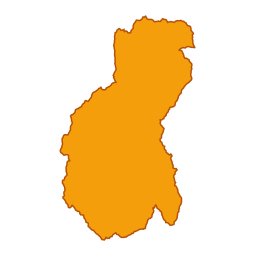 Huaylas, Áncash, Peru (Equal Earth projection), rotated 179°
{"feature_id": "86281439B81908215942962", "entity_name": "Huaylas", "entity_type": "district", "adm_level": 2, "iso_a3": "PER", "parent_name": "Peru", "parent_adm1": "Áncash", "projection": "equal_earth", "projection_center": [-77.846, -8.958], "detail": "fine", "context": "isolated", "style": "filled", "palette": "amber", "viewbox_px": 256, "rotation_deg": 179, "n_neighbors": 0, "source": "geoboundaries", "source_scale": "gbopen_adm2", "svg_char_len": 5731}
<svg xmlns="http://www.w3.org/2000/svg" viewBox="0 0 256 256"><g transform="rotate(179 128 128)"><path d="M87.6,30.0L84.8,30.4L83.6,31.1L83.5,33.1L81.2,35.6L80.4,37.5L80.2,39.6L79.9,40.7L79.9,42.0L79.6,42.7L78.6,43.5L78.7,44.8L78.6,45.7L78.1,46.4L78.1,47.9L77.2,49.9L76.2,51.2L76.2,52.0L75.7,53.5L75.9,54.6L75.7,55.7L75.9,57.4L77.1,58.9L77.6,60.1L78.9,62.2L79.3,63.9L79.3,65.2L80.6,68.3L81.1,69.1L82.3,69.6L82.0,71.7L81.3,72.6L82.3,74.0L82.4,75.7L83.1,78.0L83.0,79.7L82.9,80.1L81.8,81.0L81.7,83.0L79.7,85.2L80.1,86.1L80.7,86.6L81.6,86.4L83.6,87.2L83.7,87.6L83.6,88.4L83.6,90.2L84.1,90.7L84.7,93.8L85.6,95.7L85.8,96.8L85.4,98.4L84.6,99.0L84.5,99.4L85.5,101.2L86.0,101.2L86.5,100.5L87.4,100.5L88.4,101.4L88.7,102.0L89.4,102.3L90.3,103.1L90.6,105.1L91.9,106.2L92.1,107.1L91.7,108.7L91.7,109.0L93.3,109.8L94.1,111.5L94.5,113.2L95.8,113.9L95.9,114.2L96.2,116.4L95.4,116.9L94.8,117.7L94.6,118.1L94.8,118.6L94.5,119.6L94.6,120.5L93.5,122.1L93.3,122.9L93.0,123.3L92.6,125.2L92.2,125.9L92.0,126.7L92.1,127.1L93.1,128.0L94.0,129.4L94.7,129.9L95.7,131.8L95.8,132.6L95.4,133.2L95.4,133.7L95.7,135.5L94.3,135.4L92.9,136.6L92.1,136.6L91.6,138.3L89.7,139.8L89.9,140.6L89.4,141.1L89.0,142.1L87.7,143.3L87.1,145.1L86.6,145.8L86.0,146.3L86.2,147.0L85.4,148.0L82.7,148.3L82.5,148.6L81.9,148.8L80.7,149.7L80.3,152.2L79.9,153.1L78.5,154.5L77.6,156.7L77.3,157.2L77.1,158.6L75.8,160.7L74.2,162.0L74.0,164.1L73.4,165.5L71.6,167.2L71.6,167.6L68.9,170.9L66.2,172.6L65.6,173.5L64.9,173.9L63.7,175.1L63.4,176.0L63.4,176.9L64.2,179.0L64.4,180.5L64.0,182.2L64.0,183.9L63.1,186.1L63.7,187.5L63.3,188.2L63.0,190.8L65.5,193.7L65.8,195.1L66.1,195.4L67.8,196.2L68.3,196.8L69.7,196.6L70.1,196.8L70.9,198.7L71.1,200.2L72.8,204.1L73.9,204.7L75.3,204.7L75.5,204.8L75.5,205.1L74.1,206.4L72.0,207.3L71.4,207.4L69.5,207.0L67.9,208.1L66.9,208.4L65.6,208.3L63.2,207.5L60.3,207.4L59.8,206.7L60.0,207.9L61.0,209.7L61.5,211.0L61.7,212.1L61.7,214.9L62.1,215.9L62.1,216.5L61.7,217.7L62.1,219.3L62.0,220.1L61.9,220.4L61.0,220.9L61.4,222.3L62.2,223.0L63.4,224.8L63.3,226.1L63.8,228.3L64.9,228.9L66.1,229.1L67.2,230.1L68.3,232.2L69.8,232.9L70.4,233.7L71.7,233.7L73.3,234.7L74.5,234.2L77.0,234.5L78.6,233.9L79.9,232.8L83.3,233.7L85.3,233.3L86.4,232.8L87.8,235.4L88.9,235.9L90.0,235.9L91.3,236.7L92.0,236.2L92.3,235.5L93.1,235.0L93.6,234.1L95.0,234.0L95.8,234.4L96.6,234.1L99.7,233.8L100.0,234.0L100.8,235.1L102.3,236.1L106.3,236.3L107.2,237.0L108.4,239.5L108.6,239.5L109.7,238.5L111.0,238.8L111.3,238.1L112.4,236.5L113.2,236.0L113.6,235.4L114.7,235.3L117.8,235.7L118.5,234.1L120.2,232.2L121.1,230.0L121.1,227.5L123.2,225.4L123.3,224.3L123.8,223.3L124.2,223.5L124.6,223.0L126.2,223.1L126.5,223.2L127.1,224.4L127.7,224.9L128.2,225.0L129.9,224.4L130.1,224.7L130.3,226.6L131.6,226.0L132.5,226.0L133.3,225.7L134.4,227.2L135.2,227.6L137.3,225.9L137.6,224.9L138.1,224.0L139.4,223.2L139.2,222.0L139.9,219.8L139.7,218.7L139.7,216.5L140.1,215.0L140.0,213.5L140.7,211.7L140.8,210.1L140.3,208.9L140.3,207.5L139.9,205.9L139.9,203.5L140.2,201.8L139.6,197.6L139.8,195.7L139.6,194.6L140.0,192.9L138.9,187.4L139.0,186.3L140.9,183.1L141.9,180.7L141.2,179.7L141.1,179.3L141.5,178.9L141.5,178.5L141.0,177.9L140.6,176.5L139.2,173.9L140.7,173.8L142.6,173.1L143.5,172.4L144.3,170.9L145.8,169.9L149.2,168.2L149.6,166.9L150.8,166.6L151.5,166.8L152.3,166.6L152.9,166.8L154.0,168.0L154.1,168.9L154.4,169.2L155.1,168.5L156.5,168.0L157.9,166.5L160.2,164.9L161.9,164.3L162.8,163.4L163.6,161.6L164.2,159.3L166.9,156.0L167.1,155.5L168.0,155.4L169.4,156.0L170.2,156.1L171.4,153.7L172.6,152.9L173.4,151.9L173.7,151.4L174.0,150.2L175.2,149.8L175.7,149.3L176.4,149.3L177.0,148.4L178.2,148.2L180.2,147.1L180.6,145.1L181.1,144.4L181.2,143.9L182.5,143.0L183.1,142.3L183.8,142.3L184.5,141.9L185.2,141.1L184.3,137.5L184.3,135.9L183.5,134.4L184.3,132.3L185.2,131.0L185.5,130.0L185.6,128.1L185.5,127.3L188.3,122.1L191.3,122.4L192.1,122.0L192.5,121.6L193.0,120.1L194.0,118.5L194.1,118.1L194.0,115.2L193.7,113.5L193.8,112.8L194.7,109.8L196.2,106.7L195.6,104.6L194.2,103.7L192.5,101.9L190.1,102.4L189.0,102.3L187.9,101.7L188.0,98.4L186.9,96.3L188.1,96.2L189.1,95.6L189.6,94.3L189.6,92.4L190.6,89.9L190.6,88.2L190.4,87.6L190.7,86.0L190.2,84.9L190.0,83.4L189.8,82.9L189.8,82.2L190.3,81.5L192.1,79.7L192.4,78.3L192.9,77.2L194.0,76.9L194.4,76.5L194.5,73.9L193.5,72.6L192.8,70.7L192.3,69.9L192.2,68.0L192.0,66.9L192.9,65.5L193.3,64.1L192.8,61.4L194.2,60.2L194.3,59.2L193.6,58.5L192.0,56.5L191.2,54.2L189.6,52.5L189.3,51.7L189.1,50.2L188.8,49.6L187.6,49.2L186.7,49.7L186.0,50.4L185.5,51.5L185.1,51.7L184.2,50.6L183.4,49.9L182.6,48.7L181.9,46.9L181.0,46.6L180.0,45.5L178.6,45.5L177.8,44.6L177.5,43.8L177.7,43.2L176.8,42.0L175.7,42.1L174.8,41.7L174.0,41.6L173.9,40.6L173.4,38.6L172.9,38.2L171.8,36.1L171.8,34.8L170.9,34.2L170.0,33.9L169.4,33.3L169.4,31.3L169.6,30.4L167.9,28.9L166.1,26.8L164.3,26.3L161.7,23.1L159.3,21.4L158.5,20.4L157.4,19.5L156.2,17.0L153.6,16.5L153.1,17.0L151.8,19.0L150.7,17.9L149.9,18.1L148.6,18.0L147.7,19.4L145.8,19.8L145.6,20.7L144.6,21.9L142.1,23.4L141.0,21.8L139.4,21.4L138.0,19.8L136.7,18.8L133.8,18.7L132.7,19.2L131.6,19.0L130.6,20.1L130.2,20.1L129.5,20.6L128.1,21.0L126.3,22.1L126.0,22.7L125.2,22.4L124.8,22.6L124.5,22.8L123.5,24.4L122.7,24.4L120.1,25.4L118.4,26.4L115.4,26.8L114.5,26.5L113.9,27.1L112.7,27.1L112.4,27.5L112.3,28.8L111.2,31.7L110.6,32.7L110.0,34.8L110.0,35.4L109.5,35.9L108.8,36.9L107.3,37.3L105.8,38.5L105.4,40.9L104.9,41.6L104.5,42.8L104.0,43.4L103.7,44.8L104.5,47.4L104.1,47.9L103.5,47.5L103.0,47.7L102.2,49.4L102.2,50.2L101.7,50.5L101.3,50.3L100.9,49.5L100.4,47.4L98.9,46.3L97.7,45.2L97.2,44.2L96.1,43.5L95.8,42.2L95.8,40.9L95.2,39.8L94.2,36.7L93.7,35.8L92.9,35.3L92.2,34.2L91.9,33.5L91.9,32.8L90.6,32.7L89.2,32.0L87.6,30.0Z" fill="#f59e0b" stroke="#b45309" stroke-width="1.5"/></g></svg>